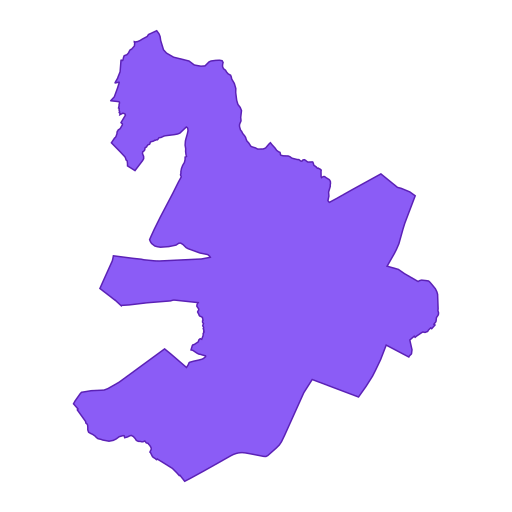 El Carmen Tequexquitla, Tlaxcala, Mexico
{"feature_id": "50627088B42495423385863", "entity_name": "El Carmen Tequexquitla", "entity_type": "district", "adm_level": 2, "iso_a3": "MEX", "parent_name": "Mexico", "parent_adm1": "Tlaxcala", "projection": "orthographic", "projection_center": [-97.685, 19.341], "detail": "fine", "context": "isolated", "style": "filled", "palette": "violet", "viewbox_px": 512, "rotation_deg": 0, "n_neighbors": 0, "source": "geoboundaries", "source_scale": "gbopen_adm2", "svg_char_len": 6008}
<svg xmlns="http://www.w3.org/2000/svg" viewBox="0 0 512 512"><path d="M134.3,41.6L134.3,42.2L134.7,42.9L134.4,46.0L131.4,49.4L130.6,49.5L130.2,49.8L129.2,51.4L128.6,52.8L127.0,54.6L126.6,54.9L126.3,54.9L124.2,55.7L123.6,57.2L123.0,59.8L122.5,60.5L121.2,60.1L121.0,60.4L120.1,71.8L117.9,77.3L117.8,77.9L115.1,82.6L115.2,82.9L115.6,82.9L118.8,82.2L119.2,82.3L119.2,82.7L117.5,88.1L114.4,96.6L114.1,97.1L110.8,100.6L110.9,100.8L111.1,100.8L118.2,101.6L119.0,101.8L119.4,102.1L119.5,103.0L119.0,105.0L119.1,105.8L118.5,108.0L119.2,108.4L119.1,110.1L119.6,111.8L119.2,112.6L120.2,113.5L119.9,114.7L122.9,113.2L124.0,113.5L125.1,114.1L125.4,115.2L121.0,122.6L121.2,122.9L122.3,123.7L122.4,124.8L120.2,128.6L119.0,129.5L118.4,129.7L117.8,130.9L117.3,131.3L117.0,132.7L117.0,133.6L115.9,136.7L115.2,137.6L114.6,138.0L111.4,142.8L120.4,152.0L124.9,156.8L125.5,158.0L126.1,160.0L126.7,160.4L127.2,161.0L127.5,163.7L127.5,165.9L135.0,170.6L142.6,160.6L143.6,158.8L143.7,158.3L143.6,156.3L142.5,153.7L142.7,151.8L143.8,151.1L144.4,150.3L144.8,149.8L144.8,148.9L145.2,147.6L146.5,147.0L147.2,145.7L148.1,144.7L149.5,144.3L150.0,143.4L150.1,142.5L150.6,141.9L153.8,141.0L154.5,140.3L155.3,140.3L156.7,139.7L157.4,139.8L158.3,138.8L158.7,138.0L159.7,137.6L160.4,137.6L161.2,137.4L163.9,136.1L165.0,135.8L174.5,134.6L177.6,134.0L179.9,133.1L186.3,127.0L187.4,127.7L187.8,128.6L188.0,130.8L187.3,134.0L185.9,138.9L185.4,141.0L185.1,145.1L185.7,148.8L185.6,151.5L186.0,154.7L186.5,156.4L185.8,156.9L185.1,157.1L185.1,159.5L184.4,162.5L182.7,165.3L181.5,168.4L180.9,171.4L180.9,173.5L180.5,174.8L180.7,175.5L181.2,176.4L181.1,177.2L178.5,181.9L172.7,193.5L160.3,217.1L154.3,229.2L150.6,237.3L149.6,239.7L150.5,241.8L151.6,243.5L154.8,246.0L157.3,246.7L160.4,247.2L168.8,246.6L176.0,245.1L178.8,243.2L180.7,243.1L183.1,244.6L186.1,247.6L188.1,248.7L199.9,253.0L207.4,254.5L208.2,254.9L208.9,255.5L209.9,256.5L210.3,257.3L201.3,259.0L159.3,261.0L155.2,260.9L144.0,259.8L141.2,259.2L132.7,258.3L113.4,255.8L112.8,258.9L112.3,260.9L103.9,279.5L99.9,288.5L108.6,295.2L114.9,300.1L115.0,300.0L121.3,305.8L121.5,305.4L129.3,304.9L146.8,302.8L170.4,300.9L173.2,300.1L174.8,300.1L198.1,302.6L197.1,304.3L196.9,305.3L196.9,306.4L198.6,308.8L198.7,309.2L198.7,309.9L197.7,311.6L197.6,312.0L199.0,314.7L199.2,315.5L200.1,316.3L200.9,316.5L202.4,317.4L203.0,320.3L202.5,320.9L202.6,322.4L203.5,323.5L202.7,325.8L203.4,326.8L203.6,327.4L203.6,328.0L203.2,328.7L203.6,329.3L203.6,329.9L203.9,330.2L203.7,331.6L204.0,331.6L204.0,332.2L203.1,333.7L203.2,334.4L203.1,335.6L201.7,339.3L200.2,338.7L198.9,339.8L198.2,341.9L194.4,344.4L193.7,344.7L193.1,344.7L192.8,344.9L192.3,345.6L191.0,349.9L192.9,350.4L196.9,353.1L198.8,354.1L200.6,354.4L202.4,355.0L205.5,355.8L205.6,356.7L203.4,358.5L202.0,359.2L198.6,360.1L193.5,361.2L189.6,362.3L189.1,362.7L188.2,364.8L186.5,367.5L171.2,354.3L164.6,348.9L119.1,382.2L107.9,388.6L104.0,390.1L91.2,390.7L81.5,392.3L80.2,393.7L75.1,400.9L73.5,403.8L78.0,409.0L77.3,409.9L85.6,421.5L85.9,423.1L87.1,424.1L87.6,425.1L87.8,427.5L87.8,429.9L88.6,432.2L90.5,433.4L92.7,434.4L95.0,436.0L96.4,437.5L98.0,438.7L101.1,439.4L102.6,440.0L109.0,441.2L113.2,440.4L116.1,439.0L119.2,436.7L123.1,435.6L124.1,435.7L124.7,437.7L127.4,437.0L129.6,435.9L131.2,435.4L133.3,436.5L135.3,438.7L136.0,440.0L137.2,440.9L138.6,441.4L140.3,441.4L141.8,441.8L142.9,441.8L144.8,441.0L146.3,442.9L148.2,443.4L148.5,444.1L149.6,445.2L150.5,446.6L151.2,448.0L151.2,449.4L150.0,451.8L150.0,452.3L150.5,452.6L152.1,455.9L152.6,456.8L154.1,457.9L155.5,458.7L156.1,459.4L156.7,459.7L157.3,459.0L172.4,468.4L176.6,472.6L179.3,475.6L180.0,475.3L184.7,481.3L190.8,478.1L203.6,471.1L230.9,455.7L233.5,454.4L236.4,453.4L238.5,452.9L240.5,452.7L242.1,452.6L245.3,452.9L250.9,453.9L263.7,456.4L265.9,456.5L267.7,455.6L276.2,448.1L279.3,445.0L281.5,441.7L284.6,435.3L303.8,392.7L312.2,379.5L358.5,397.0L365.9,386.6L372.5,376.2L375.4,370.5L380.6,359.6L386.2,345.1L408.8,357.0L409.2,356.2L410.3,355.0L411.2,354.2L411.5,353.7L412.0,349.8L409.8,340.0L414.2,336.2L415.1,337.3L416.4,336.2L422.5,332.1L423.5,332.1L424.6,332.4L425.7,332.3L426.4,331.8L427.2,331.7L428.0,331.0L428.4,330.1L430.7,327.9L431.7,328.7L435.0,325.0L433.9,324.2L435.9,321.7L436.2,320.0L436.4,317.7L438.2,315.0L438.5,314.0L438.5,312.5L437.9,310.7L438.1,308.7L437.6,294.4L436.9,291.9L435.4,288.8L432.4,285.1L430.0,282.3L428.6,281.0L426.2,280.6L421.5,280.1L419.4,280.7L418.1,281.5L404.4,273.6L398.4,269.4L387.1,266.2L394.3,253.6L396.4,249.5L398.9,243.7L403.0,229.0L404.8,223.2L415.2,195.8L409.8,191.9L401.1,188.3L397.5,187.4L380.9,173.9L351.8,189.9L336.2,198.7L329.3,202.4L327.9,200.7L328.9,196.1L328.6,192.1L330.3,186.2L330.2,185.1L330.5,183.4L330.4,181.6L329.9,180.5L329.2,179.6L325.6,177.4L324.7,176.6L323.9,176.5L323.3,176.6L321.5,177.6L321.1,176.5L321.0,171.5L321.2,170.1L319.8,168.9L319.4,168.9L318.3,168.1L317.4,168.3L316.1,166.8L315.6,166.6L315.3,166.2L314.0,165.5L312.9,162.2L312.4,161.9L308.0,162.1L307.3,161.7L306.4,161.1L305.7,160.4L304.4,159.7L303.0,159.9L302.1,161.0L301.6,161.2L300.5,160.9L298.9,159.6L297.1,159.5L292.4,158.3L291.5,157.9L290.1,156.8L288.3,156.0L283.1,155.8L280.9,155.2L280.4,154.6L280.3,153.2L279.9,152.3L278.6,151.8L276.6,150.3L275.0,148.0L271.9,144.6L270.4,142.7L269.0,144.0L265.6,148.0L263.1,149.0L257.7,149.1L255.5,147.9L252.2,146.9L250.9,146.3L248.7,142.9L246.9,141.0L246.1,139.1L245.6,137.4L244.6,135.8L242.7,133.5L241.6,131.3L240.6,130.2L239.9,128.0L239.5,126.3L239.5,124.8L239.8,123.7L240.9,121.2L241.0,120.5L240.7,117.4L241.5,110.6L240.2,107.4L237.9,104.4L236.7,100.4L235.7,92.6L235.8,88.5L234.3,83.4L231.7,79.0L231.3,77.0L230.6,75.2L228.2,73.9L226.6,72.1L225.5,70.2L223.7,68.9L222.8,67.3L222.5,66.0L222.7,63.9L223.1,62.5L222.1,60.7L219.5,60.2L215.5,60.4L211.0,61.0L209.0,61.9L205.0,65.9L200.9,66.2L194.3,65.0L189.0,61.0L173.6,57.2L166.5,53.1L163.5,49.8L160.7,40.6L160.1,36.6L159.1,34.0L156.7,30.7L148.5,34.5L147.2,36.5L142.3,39.1L139.9,40.6L137.2,41.7L136.5,41.7L135.4,42.0L134.3,41.6Z" fill="#8b5cf6" stroke="#5b21b6" stroke-width="1.5"/></svg>